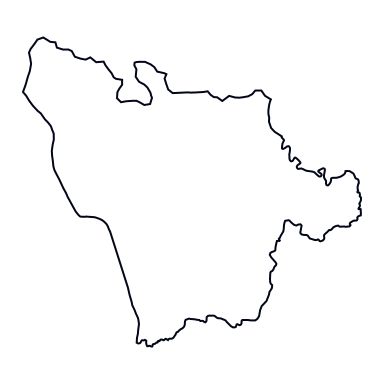 outline of Nong, Savannakhét, Laos
{"feature_id": "54806243B35182777115371", "entity_name": "Nong", "entity_type": "district", "adm_level": 2, "iso_a3": "LAO", "parent_name": "Laos", "parent_adm1": "Savannakhét", "projection": "mercator", "projection_center": [106.609, 16.399], "detail": "fine", "context": "isolated", "style": "outline", "palette": "ink", "viewbox_px": 384, "rotation_deg": 0, "n_neighbors": 0, "source": "geoboundaries", "source_scale": "gbopen_adm2", "svg_char_len": 5977}
<svg xmlns="http://www.w3.org/2000/svg" viewBox="0 0 384 384"><path d="M281.8,136.4L274.8,131.9L271.1,128.0L269.0,121.8L269.2,117.8L268.4,113.9L268.4,110.3L269.1,105.2L270.0,101.6L270.9,99.4L265.0,95.8L261.3,90.5L255.3,90.5L252.2,94.2L248.2,96.3L243.9,97.1L239.5,97.7L235.2,97.5L229.1,95.9L222.3,101.0L217.2,97.3L213.8,97.1L210.7,94.9L207.6,91.3L203.6,92.0L194.6,92.5L190.7,92.6L187.7,92.4L172.7,93.1L168.2,89.5L166.1,83.5L164.6,78.5L166.4,74.2L164.3,73.2L157.2,71.6L154.4,67.2L150.7,64.4L145.1,61.9L139.9,61.8L136.2,62.1L134.6,62.7L134.3,65.2L136.4,69.3L135.7,76.8L139.1,81.8L144.4,84.6L147.4,87.5L150.5,92.8L151.1,95.6L152.0,97.8L150.1,104.0L144.3,105.0L139.3,102.1L136.5,100.8L132.5,100.8L126.0,101.3L121.0,102.2L117.0,98.2L117.4,92.2L119.2,88.8L122.1,84.8L122.1,79.8L115.9,78.8L113.7,77.3L111.6,73.2L108.5,69.4L105.5,65.3L103.6,61.6L96.2,62.2L90.3,57.4L85.7,59.6L80.4,58.6L74.8,56.7L71.8,51.1L68.4,49.5L62.8,49.5L56.9,47.6L55.4,42.3L50.4,41.9L43.3,37.5L37.4,39.6L34.6,43.7L30.6,49.0L29.0,52.7L30.2,58.0L31.1,63.9L29.8,71.1L27.9,76.7L25.7,84.5L23.0,92.0L26.2,95.8L29.3,100.9L33.2,106.1L37.7,110.9L40.8,113.4L44.9,119.3L48.1,122.6L50.9,126.2L52.1,129.7L53.7,133.5L53.8,139.7L52.7,144.5L51.8,150.8L52.1,155.8L52.8,160.7L53.4,166.4L54.4,170.0L56.8,174.8L59.1,179.1L63.4,188.3L66.1,193.2L67.6,196.8L75.6,211.4L78.4,214.9L79.8,216.3L81.1,216.7L84.1,216.8L86.4,216.6L94.5,217.2L96.6,217.8L100.1,219.1L102.5,220.4L104.4,221.9L106.6,224.2L107.9,226.5L108.9,229.3L110.1,231.6L128.0,287.9L129.5,294.6L131.8,302.5L132.2,305.0L134.7,310.3L135.9,313.5L137.9,317.8L138.2,318.8L139.0,323.9L138.1,330.7L137.9,333.8L137.0,337.8L136.7,342.7L138.0,343.4L139.1,343.4L140.1,343.0L140.5,342.6L141.4,340.9L142.1,340.2L143.8,340.4L144.2,340.3L144.7,339.9L145.6,340.2L146.2,340.6L146.3,341.3L146.1,342.8L146.5,344.6L146.7,345.3L147.3,346.2L148.1,346.2L148.6,345.9L149.3,345.8L150.0,345.9L150.9,346.4L151.9,346.5L152.2,346.5L152.6,345.7L152.6,345.3L152.7,344.6L153.0,344.3L153.4,344.1L154.3,344.0L154.9,343.8L156.5,342.6L157.1,342.6L157.6,342.4L157.8,342.0L157.7,341.4L157.9,341.2L158.5,340.9L159.1,341.2L159.6,341.0L160.3,339.9L160.7,339.6L162.2,339.6L162.5,339.7L162.9,340.0L163.3,340.3L163.8,340.2L165.6,338.8L166.9,339.3L168.0,340.1L168.9,339.0L169.6,338.7L171.5,338.7L172.3,338.5L173.3,337.8L173.8,337.2L174.7,335.8L175.7,334.4L176.0,333.3L176.8,332.2L178.0,331.8L178.7,330.9L180.2,329.6L181.4,328.8L182.0,328.6L183.6,327.3L184.7,325.2L185.0,321.3L185.6,319.9L187.3,319.2L189.1,318.6L190.7,319.0L194.8,319.3L197.1,319.8L199.3,320.0L199.8,320.6L200.6,321.0L202.1,320.8L203.1,321.0L204.3,322.0L205.4,322.3L205.9,321.8L206.5,320.8L206.7,317.1L208.0,315.9L209.3,315.6L210.8,315.7L213.1,315.6L214.4,315.8L216.9,317.7L218.0,318.2L220.8,318.4L223.7,319.6L225.5,320.4L226.7,321.9L231.0,326.2L232.8,327.3L234.6,327.4L235.7,327.0L236.7,324.4L237.5,324.2L238.6,324.8L239.8,325.2L241.1,324.4L241.5,323.4L241.6,321.0L242.3,320.0L248.2,320.0L250.4,320.4L255.3,320.4L257.5,318.7L259.1,316.1L260.1,310.3L261.6,306.2L266.5,301.0L269.0,294.6L269.4,292.1L271.8,288.3L272.1,286.7L272.1,285.0L271.0,284.0L270.3,282.8L270.0,279.6L270.2,274.6L270.4,272.5L270.9,271.7L272.0,271.1L272.7,270.5L273.4,269.4L274.5,266.7L276.0,265.3L276.4,263.9L275.8,262.6L271.2,257.3L269.8,254.9L270.2,253.2L271.6,252.1L273.7,251.4L275.2,250.5L275.4,249.4L275.5,247.6L275.9,245.2L276.9,241.0L278.0,240.8L279.4,241.0L279.8,240.5L279.2,239.5L278.9,238.6L280.0,237.6L280.6,235.9L283.3,231.5L283.7,229.2L284.0,225.1L284.4,223.1L285.1,220.9L286.3,220.5L287.2,220.5L288.5,220.2L289.5,220.6L291.5,222.7L293.9,224.7L295.0,225.2L296.4,225.5L298.1,224.6L300.4,224.3L301.1,224.9L301.6,225.6L300.3,232.5L300.7,233.6L302.1,234.6L303.7,234.9L306.5,235.0L307.8,235.6L309.7,238.4L314.5,239.9L315.6,240.1L316.7,240.0L318.0,239.4L318.8,239.9L319.5,241.0L320.3,241.3L321.3,241.1L322.7,240.5L323.9,239.4L324.3,238.3L324.0,235.5L324.2,235.0L324.7,234.3L327.9,231.4L329.2,230.0L330.6,230.1L332.2,228.8L333.3,227.3L334.0,227.0L335.9,226.0L337.7,225.7L338.2,225.6L339.3,226.4L340.1,226.7L344.2,226.5L345.7,226.8L349.4,226.4L350.1,225.8L350.4,225.3L350.1,225.2L349.9,224.7L349.8,223.8L349.9,223.2L350.5,222.5L353.3,220.8L354.4,220.6L355.9,220.6L356.6,220.4L357.1,220.0L357.4,219.4L357.5,218.8L357.3,217.9L357.4,217.3L357.8,216.7L359.3,215.8L360.8,215.4L360.9,214.1L360.7,209.2L360.3,208.9L358.9,209.2L358.6,209.0L358.5,208.5L359.8,206.3L360.0,205.5L359.9,204.9L359.3,203.7L359.9,202.7L360.9,200.5L361.0,197.6L360.7,197.1L360.1,196.8L359.7,196.2L359.7,195.9L360.0,194.9L359.5,192.8L359.3,192.6L358.0,192.5L357.5,192.3L357.4,191.9L358.1,190.3L357.6,188.9L357.6,186.7L358.4,183.7L358.8,183.2L358.7,181.2L358.2,179.7L357.7,179.2L355.6,178.4L354.0,174.6L353.4,173.6L352.5,172.8L351.5,172.5L350.4,171.5L349.7,171.2L347.3,171.0L345.5,171.1L345.3,172.5L344.7,173.7L343.8,174.6L341.1,176.4L338.5,177.3L336.3,177.8L332.8,177.8L331.6,178.1L331.1,178.7L331.0,180.7L330.5,182.3L329.5,183.9L328.3,185.2L327.9,185.4L327.4,185.4L326.9,185.2L326.5,185.0L326.0,183.7L326.0,183.0L326.1,181.7L326.0,180.8L324.7,178.8L324.1,177.5L323.9,176.3L324.1,174.6L324.9,170.0L324.8,169.4L324.6,168.8L324.0,168.5L323.4,168.3L322.7,168.4L319.3,170.1L318.6,170.5L318.3,171.0L318.3,171.4L318.5,171.8L321.0,173.7L321.4,174.1L321.6,174.6L321.6,175.2L321.0,176.1L320.5,176.4L319.8,176.6L319.3,176.5L318.7,176.2L315.5,173.4L314.6,172.4L312.9,171.7L306.2,170.7L302.1,168.7L301.5,168.5L298.3,168.9L297.7,168.7L297.3,168.3L296.9,167.5L296.8,166.7L297.2,165.7L297.7,165.1L300.2,163.4L300.4,163.0L300.4,162.5L299.6,161.4L297.5,159.2L295.9,157.9L295.4,157.6L294.7,157.7L294.1,158.5L292.8,160.7L292.3,161.0L291.7,161.3L291.3,161.3L290.9,161.2L290.3,160.7L289.8,159.9L289.5,158.7L289.3,154.4L289.7,152.4L290.0,149.8L290.0,148.3L289.9,147.7L289.1,146.5L288.6,146.2L288.0,146.2L286.6,146.7L285.8,147.5L283.7,148.7L282.8,148.9L282.5,148.9L282.2,148.6L282.0,148.2L282.0,147.0L282.2,145.4L282.5,143.6L284.0,140.4L283.8,139.7L281.7,137.5L281.6,136.9L281.8,136.4Z" fill="none" stroke="#020617" stroke-width="2"/></svg>